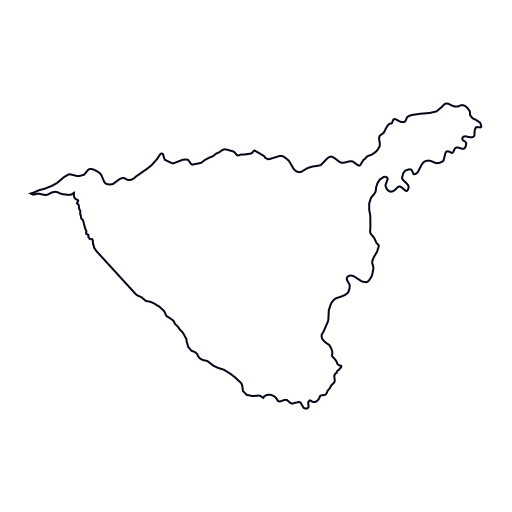 Arenal, Yoro, Honduras (Natural Earth projection)
{"feature_id": "27666195B63799157965046", "entity_name": "Arenal", "entity_type": "district", "adm_level": 2, "iso_a3": "HND", "parent_name": "Honduras", "parent_adm1": "Yoro", "projection": "natural_earth1", "projection_center": [-86.801, 15.351], "detail": "fine", "context": "isolated", "style": "outline", "palette": "ink", "viewbox_px": 512, "rotation_deg": 0, "n_neighbors": 0, "source": "geoboundaries", "source_scale": "gbopen_adm2", "svg_char_len": 6061}
<svg xmlns="http://www.w3.org/2000/svg" viewBox="0 0 512 512"><path d="M336.7,372.8L336.8,371.8L337.5,370.9L339.3,369.3L340.9,367.5L341.3,366.6L341.3,366.0L341.0,365.7L340.2,365.7L338.9,365.2L337.7,364.2L337.1,363.4L336.8,362.2L336.2,361.0L334.4,358.6L332.2,356.3L331.9,355.3L332.3,354.1L332.3,351.8L331.7,349.7L330.8,347.6L329.3,345.0L325.5,342.5L323.0,339.9L322.3,338.8L321.8,337.5L321.6,336.1L321.7,334.8L322.1,333.8L323.2,332.3L328.0,321.4L328.4,319.0L328.8,310.2L330.6,304.7L331.5,302.8L333.5,300.2L335.2,298.8L336.5,298.1L341.1,296.6L344.9,295.0L347.5,293.2L348.4,291.9L349.5,288.5L349.7,285.3L349.4,284.1L348.0,282.1L346.9,279.6L346.7,278.2L347.3,277.1L348.3,276.2L349.4,275.7L350.9,275.5L352.2,275.7L354.2,276.5L361.6,281.3L364.1,282.0L366.2,282.2L367.7,281.7L369.1,280.3L371.3,277.0L372.2,274.8L373.4,268.6L373.3,266.7L372.2,263.2L372.4,260.7L373.8,257.2L377.0,251.8L378.4,247.5L378.8,245.7L378.6,245.1L376.6,243.1L374.0,237.6L370.6,233.6L370.3,232.9L370.1,231.4L370.4,226.3L370.3,215.9L369.2,209.7L369.2,204.1L369.3,203.0L371.0,197.8L374.2,194.0L375.4,192.0L375.8,190.5L376.1,187.4L377.5,183.1L379.9,179.5L383.8,176.9L384.8,176.8L385.7,176.9L386.5,177.2L387.1,177.7L387.5,178.5L387.6,179.4L385.7,184.5L385.5,185.9L386.8,189.2L388.7,190.9L390.4,191.7L392.8,191.3L394.8,190.1L397.9,187.0L399.5,186.4L400.4,186.7L401.6,187.4L405.7,190.8L406.7,191.0L407.6,190.2L408.3,188.9L408.6,187.4L408.4,185.9L408.1,185.2L406.6,183.4L402.9,179.8L402.3,178.7L402.0,177.7L403.3,173.1L405.3,170.6L408.8,169.4L410.8,169.4L411.8,170.2L413.5,174.1L414.1,174.3L415.5,173.9L416.8,173.2L417.9,171.9L422.0,164.1L423.4,162.4L424.7,161.5L426.6,160.8L429.0,160.6L431.1,161.1L435.8,163.1L439.0,163.0L442.2,161.7L443.5,160.7L445.3,153.5L445.9,152.2L446.6,151.5L447.4,151.3L448.5,151.4L450.0,152.0L451.2,152.8L451.9,152.9L452.7,152.6L453.2,152.0L454.6,149.0L455.2,148.2L456.0,147.7L457.0,147.5L458.3,147.6L461.5,148.6L462.9,148.8L463.7,148.7L464.5,148.3L465.6,146.7L466.0,144.8L466.2,143.3L465.3,141.6L463.4,140.7L462.6,139.7L462.2,138.6L462.7,137.4L463.7,136.6L465.1,136.3L466.2,136.4L467.8,136.9L471.7,137.4L473.2,136.9L473.9,136.3L474.4,135.5L474.7,130.1L476.0,127.3L477.7,127.1L480.5,127.4L481.1,127.0L481.3,126.4L480.9,124.6L480.1,122.7L475.8,119.8L473.0,118.5L472.1,117.8L470.1,115.1L469.9,111.8L469.5,110.8L467.3,107.8L465.3,106.1L463.7,105.4L461.9,105.1L460.5,105.4L458.3,106.4L455.3,106.6L452.2,105.7L448.3,103.7L446.2,103.5L445.1,103.9L443.9,104.7L441.2,107.5L436.5,111.4L429.7,113.0L420.8,113.7L412.4,114.9L409.5,115.7L407.2,117.0L405.6,120.6L405.0,121.5L404.4,121.9L403.1,122.1L401.3,122.0L399.2,121.2L395.8,119.3L394.6,119.1L393.8,119.3L393.1,120.0L392.0,123.0L391.2,123.5L390.1,123.6L389.2,124.0L387.6,125.6L385.5,129.2L383.8,132.7L380.2,135.4L379.6,136.1L379.2,137.2L379.1,138.6L379.8,143.5L379.8,145.5L379.2,147.3L377.3,150.2L375.9,151.7L372.9,153.9L371.2,154.9L368.4,155.8L366.7,156.8L365.3,158.5L363.2,160.2L360.6,164.6L360.0,165.3L359.4,165.6L358.0,165.3L353.5,162.0L351.9,161.2L349.2,161.4L344.0,162.7L342.3,162.8L341.0,162.6L338.9,161.5L335.8,159.0L333.3,157.4L331.8,156.7L330.5,156.6L329.0,157.2L327.6,158.1L320.8,165.1L318.3,165.7L312.3,166.6L309.2,167.5L306.8,168.5L301.3,171.8L299.6,172.2L296.9,171.6L294.9,170.3L293.3,168.3L288.9,160.8L286.0,158.3L283.4,156.5L281.6,155.9L279.6,156.0L269.4,159.1L268.2,159.2L266.0,158.3L265.1,157.6L264.3,156.4L263.7,155.8L254.6,150.5L253.5,151.1L252.4,152.7L250.8,153.6L243.6,154.6L241.1,154.5L239.1,155.3L237.6,155.4L237.0,155.2L234.4,152.2L233.2,151.4L226.3,149.5L224.2,149.3L222.1,150.2L219.2,152.3L216.3,153.5L212.8,156.3L209.6,157.5L205.2,159.8L201.0,162.9L192.4,164.6L191.6,164.4L190.9,163.8L188.4,160.1L186.4,159.5L182.9,159.7L173.8,163.2L172.7,163.3L171.3,162.9L164.9,159.8L163.8,157.1L163.1,154.4L162.4,153.7L161.6,153.5L160.8,153.8L160.0,154.5L157.2,158.9L151.4,165.4L147.2,168.7L136.0,176.5L133.9,178.4L131.3,179.7L129.6,180.0L128.1,179.9L126.8,179.6L124.8,178.3L123.4,178.0L122.3,178.1L120.8,178.5L119.2,179.4L112.8,184.1L110.1,184.5L107.3,184.2L105.6,183.5L104.3,182.1L101.3,175.0L99.7,173.1L97.1,171.3L94.2,169.8L91.9,169.1L90.2,168.9L89.0,169.3L88.1,169.9L84.1,174.7L79.9,175.9L77.4,176.1L70.1,174.3L68.5,174.5L64.0,177.1L56.9,183.1L51.8,185.9L44.5,188.8L39.3,190.1L33.9,192.5L30.7,193.5L33.0,194.7L38.4,193.6L43.9,194.8L46.1,195.0L47.4,194.7L52.3,192.3L55.4,191.8L57.5,192.2L60.2,193.5L62.4,194.1L68.3,194.9L71.1,194.6L74.0,192.9L73.8,195.7L74.6,197.9L75.7,199.1L77.8,200.0L78.2,200.5L78.1,201.3L76.9,203.2L78.3,204.4L78.7,205.1L79.2,208.9L80.3,211.0L80.2,214.5L80.8,215.4L81.2,218.4L82.8,220.0L83.2,221.0L85.2,228.6L86.3,231.0L86.4,231.9L86.1,232.9L86.2,233.8L88.3,234.8L88.4,235.7L88.3,236.9L89.1,237.9L89.6,238.9L90.1,239.1L92.1,239.1L92.4,239.3L92.9,241.1L92.9,243.7L93.4,244.5L94.2,247.9L96.4,251.1L135.8,294.2L137.5,295.5L141.5,297.2L145.8,300.9L150.8,301.9L154.9,303.9L157.3,305.5L159.1,306.4L163.8,310.8L164.8,312.3L165.9,315.0L166.7,316.2L169.7,318.0L173.3,320.6L175.1,324.0L177.6,326.4L180.5,330.3L182.3,332.0L184.1,334.8L186.4,339.2L186.7,341.6L188.2,346.9L191.5,350.8L194.4,351.8L196.8,353.6L197.4,354.3L197.7,355.5L198.4,356.6L199.6,358.1L201.0,359.1L202.8,360.0L207.3,361.0L213.7,365.9L218.4,368.0L223.8,369.7L230.2,373.6L235.1,377.4L241.4,383.3L242.3,386.0L243.0,391.1L247.0,395.1L248.6,395.2L252.4,396.1L259.2,395.5L260.8,396.2L263.3,397.9L264.3,396.3L266.2,395.2L268.6,394.7L271.1,394.9L271.9,395.2L275.1,396.9L276.7,398.9L277.7,400.6L278.7,401.4L280.3,401.4L284.3,400.0L285.9,399.8L286.9,400.0L290.3,402.9L292.1,403.6L293.2,403.5L295.6,402.6L296.5,402.6L298.4,402.0L299.5,402.1L300.1,402.4L300.8,403.1L303.6,407.8L305.1,408.5L307.0,408.5L307.9,407.9L308.5,406.9L308.6,406.1L308.2,402.8L308.6,401.6L309.4,400.7L309.9,400.4L310.6,400.5L311.9,401.5L313.1,402.0L314.5,402.0L315.6,401.8L317.0,400.9L318.2,399.8L319.3,398.1L319.8,396.5L320.4,395.8L321.3,395.4L324.5,395.0L325.3,394.7L326.1,393.9L326.9,392.7L327.5,390.9L329.7,388.3L331.4,385.2L333.7,383.0L334.4,382.1L334.7,381.1L334.7,379.7L334.2,375.8L335.1,374.0L336.1,373.0L336.7,372.8Z" fill="none" stroke="#020617" stroke-width="2"/></svg>